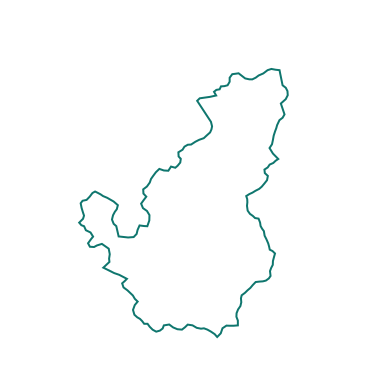 Ibirataia, Bahia, Brazil, rotated 199°
{"feature_id": "56859067B75251017379914", "entity_name": "Ibirataia", "entity_type": "district", "adm_level": 2, "iso_a3": "BRA", "parent_name": "Brazil", "parent_adm1": "Bahia", "projection": "orthographic", "projection_center": [-39.619, -13.995], "detail": "fine", "context": "isolated", "style": "outline", "palette": "teal", "viewbox_px": 384, "rotation_deg": 199, "n_neighbors": 0, "source": "geoboundaries", "source_scale": "gbopen_adm2", "svg_char_len": 2895}
<svg xmlns="http://www.w3.org/2000/svg" viewBox="0 0 384 384"><g transform="rotate(199 192 192)"><path d="M106.8,85.4L109.4,88.5L110.4,91.9L110.2,96.0L109.1,99.9L109.5,103.8L111.1,107.4L111.4,110.5L109.1,113.9L107.5,117.1L105.6,120.3L104.3,123.7L102.5,127.6L99.4,129.1L95.9,130.6L93.3,132.3L91.2,135.3L90.4,138.2L92.5,142.6L92.4,146.1L91.9,149.4L93.0,153.1L93.3,157.3L93.5,160.9L96.7,162.4L99.7,162.8L101.4,165.6L103.2,168.2L106.4,171.7L109.1,174.3L111.3,178.4L113.9,180.2L116.1,182.2L117.7,185.3L120.4,188.5L123.9,187.9L126.7,189.2L130.1,190.2L133.3,192.5L135.5,196.8L136.3,200.3L137.5,203.3L139.4,205.8L137.1,208.7L134.6,211.1L132.4,213.8L129.5,216.8L127.8,219.7L126.2,223.9L124.9,227.6L125.5,231.9L129.3,233.6L130.8,236.8L128.4,239.9L127.5,243.2L124.6,245.9L123.1,248.8L121.2,251.3L128.0,254.7L133.0,258.8L131.9,263.2L132.4,267.3L133.1,271.9L133.2,276.3L133.1,279.8L133.3,282.9L132.7,288.4L130.5,291.7L129.8,295.5L136.8,304.6L133.6,310.3L133.0,314.7L134.6,318.5L137.3,321.1L141.1,322.4L147.3,332.9L148.9,335.7L152.9,334.8L157.0,334.2L160.2,331.8L163.2,327.3L166.9,323.9L169.0,320.8L171.7,318.1L174.5,317.2L178.7,316.7L186.6,319.4L189.3,318.0L192.3,316.5L193.6,312.3L192.3,308.5L193.1,304.5L195.9,302.6L199.0,301.3L199.3,298.1L202.2,296.5L203.8,293.9L200.6,291.1L206.0,287.8L215.2,283.1L216.8,279.9L196.9,264.5L194.4,260.6L194.0,257.5L194.3,254.2L196.3,250.6L198.4,246.7L202.2,243.7L205.1,240.7L208.3,236.6L211.4,235.3L213.9,232.4L214.7,228.9L217.8,225.1L216.2,221.2L213.4,219.7L212.7,216.0L214.2,212.0L215.7,209.5L220.1,209.2L221.3,204.4L225.6,203.2L230.4,203.2L232.6,198.9L233.9,194.8L235.0,191.0L235.0,187.2L236.4,182.5L239.0,178.6L237.4,174.7L233.7,172.7L235.0,168.8L236.3,164.4L233.1,160.8L228.4,159.4L224.7,156.3L223.1,151.2L223.1,145.1L226.3,144.2L230.7,143.3L231.1,138.4L230.7,134.3L232.5,130.4L237.6,128.2L246.9,126.1L249.7,130.6L252.5,135.1L255.7,136.4L258.7,139.9L259.1,144.3L258.5,148.2L257.5,151.2L257.8,155.4L263.0,157.5L266.7,158.2L270.3,158.9L274.8,159.2L277.6,160.0L280.7,160.5L283.8,160.9L285.8,158.6L287.2,154.3L289.1,150.2L292.6,148.1L293.6,145.1L291.2,141.0L288.6,137.4L286.4,134.5L286.3,131.2L288.7,126.3L285.8,124.6L282.9,124.5L279.9,121.3L274.8,120.7L271.0,117.6L272.1,114.6L273.6,109.7L270.7,107.0L266.7,108.1L264.5,110.5L260.3,113.6L252.3,111.3L249.5,106.4L248.7,102.0L247.3,99.0L249.0,95.8L251.2,91.6L239.1,90.0L233.9,90.0L225.3,88.7L226.6,85.9L228.3,82.9L225.7,79.5L221.0,78.0L217.7,76.5L214.2,74.9L211.3,72.4L207.7,70.7L209.3,66.5L209.4,61.3L206.5,57.2L203.0,55.7L199.9,55.1L197.1,53.7L194.3,51.8L191.1,52.9L188.1,50.8L184.4,49.0L180.4,48.3L177.2,50.5L175.3,53.4L175.2,56.7L170.4,59.3L165.7,57.8L161.1,57.5L156.7,58.6L154.6,61.8L152.9,65.2L148.1,66.1L143.3,65.1L139.0,65.7L136.3,67.0L132.7,66.9L128.8,66.2L124.3,65.0L121.0,63.1L118.8,67.7L118.8,73.1L115.9,76.9L112.5,77.9L108.9,79.2L105.2,80.8L106.8,85.4Z" fill="none" stroke="#0f766e" stroke-width="2"/></g></svg>